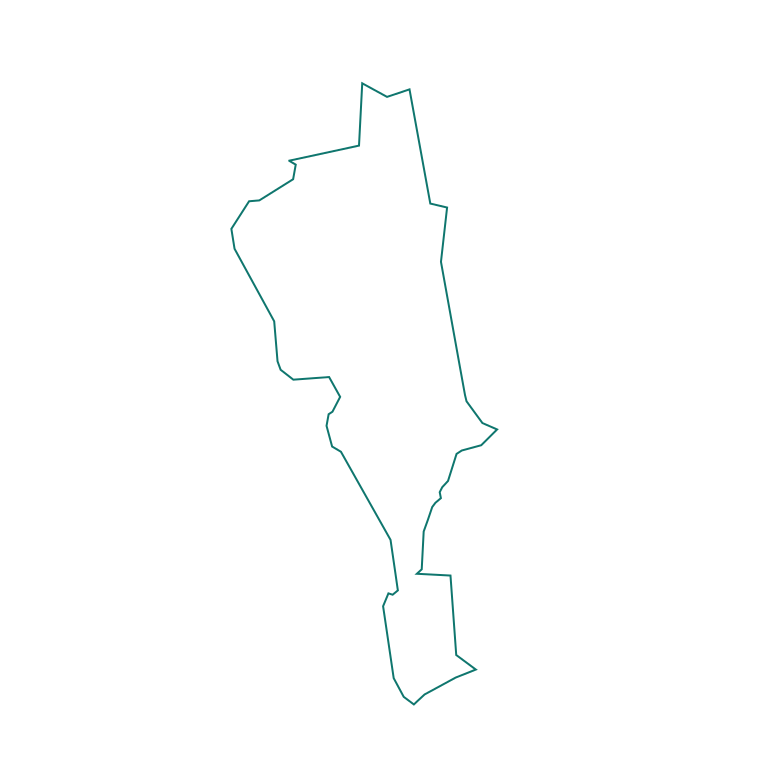 the district of Newport News, Virginia, United States of America, rotated 25°
{"feature_id": "52423323B40320593937866", "entity_name": "Newport News", "entity_type": "district", "adm_level": 2, "iso_a3": "USA", "parent_name": "United States of America", "parent_adm1": "Virginia", "projection": "mercator", "projection_center": [-76.498, 37.092], "detail": "fine", "context": "isolated", "style": "outline", "palette": "teal", "viewbox_px": 768, "rotation_deg": 25, "n_neighbors": 0, "source": "geoboundaries", "source_scale": "gbopen_adm2", "svg_char_len": 921}
<svg xmlns="http://www.w3.org/2000/svg" viewBox="0 0 768 768"><g transform="rotate(25 384 384)"><path d="M203.8,221.6L203.9,221.8L211.3,222.5L215.1,236.8L193.4,270.3L184.5,275.4L180.1,307.9L191.4,324.6L258.0,373.6L277.9,408.4L284.3,414.8L300.0,418.4L331.3,400.9L349.7,414.2L349.0,430.9L346.6,434.8L349.6,446.2L363.4,462.6L373.6,463.6L455.8,522.5L474.7,551.3L482.6,563.4L483.8,565.2L480.9,571.3L476.5,571.9L477.1,585.8L489.7,604.9L517.1,646.5L534.1,659.2L546.5,661.8L548.4,657.0L552.0,648.2L573.0,619.8L587.9,604.0L564.0,599.1L525.2,529.5L494.0,542.1L496.5,536.0L482.3,500.9L481.2,488.7L479.7,475.1L480.8,469.9L483.8,463.4L480.2,458.5L480.4,452.9L483.0,444.8L479.3,416.7L482.6,411.4L498.0,398.4L505.7,377.4L489.7,377.8L466.1,364.8L462.1,359.8L444.7,335.2L384.0,249.2L366.6,197.4L349.7,200.9L297.2,126.8L282.6,106.2L265.4,122.5L237.2,120.7L260.6,178.5L203.8,221.6Z" fill="none" stroke="#0f766e" stroke-width="2"/></g></svg>